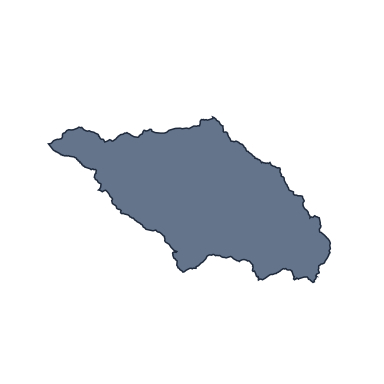 the district of Gura Teghii, Buzau, Romania, rotated 294°
{"feature_id": "2599482B83028603029386", "entity_name": "Gura Teghii", "entity_type": "district", "adm_level": 2, "iso_a3": "ROU", "parent_name": "Romania", "parent_adm1": "Buzau", "projection": "albers", "projection_center": [26.43, 45.616], "detail": "fine", "context": "isolated", "style": "filled", "palette": "slate", "viewbox_px": 384, "rotation_deg": 294, "n_neighbors": 0, "source": "geoboundaries", "source_scale": "gbopen_adm2", "svg_char_len": 6078}
<svg xmlns="http://www.w3.org/2000/svg" viewBox="0 0 384 384"><g transform="rotate(294 192 192)"><path d="M193.2,342.0L193.8,341.4L194.3,341.1L196.4,341.5L199.3,339.5L201.5,339.2L203.3,337.4L204.7,335.0L205.1,333.4L205.6,332.8L205.7,332.1L206.3,331.0L207.6,326.3L207.3,325.1L207.5,324.8L209.9,323.4L211.9,323.9L213.5,323.6L214.7,322.0L215.8,321.9L220.2,318.7L220.0,317.6L220.2,316.5L219.9,315.1L220.2,314.4L220.2,313.7L218.0,312.8L217.7,311.0L216.4,310.3L217.1,310.1L218.4,309.0L219.0,307.5L220.8,306.4L221.9,304.4L222.6,301.6L224.6,299.0L225.1,299.0L226.2,298.1L227.7,297.8L229.0,298.2L229.7,298.0L231.6,295.5L232.9,294.7L233.0,294.2L232.6,292.6L231.6,290.2L231.7,289.0L230.9,286.8L231.3,285.6L233.4,284.6L233.2,280.5L233.5,279.5L235.1,278.3L236.0,276.8L237.2,275.9L237.5,274.8L240.0,271.7L242.3,270.4L242.9,269.1L242.7,267.3L243.0,266.8L244.2,266.7L245.9,264.4L247.5,263.6L248.3,263.6L249.6,262.5L249.4,261.4L248.8,260.4L248.7,258.2L249.0,257.7L249.0,257.0L248.6,255.6L248.8,254.3L248.6,253.7L250.7,251.2L249.3,250.4L249.2,249.2L248.1,247.5L248.3,247.1L247.8,245.5L247.9,244.2L247.0,243.6L248.3,242.0L248.8,240.6L248.8,239.6L248.5,239.1L248.8,238.6L248.7,237.9L249.0,237.6L248.4,235.8L249.2,235.4L249.5,234.9L249.9,232.5L250.7,231.3L251.3,227.7L251.9,226.9L251.6,225.4L252.2,224.5L253.8,223.1L254.3,221.2L255.0,220.6L256.0,218.6L255.7,217.9L255.9,216.9L255.7,216.5L255.9,215.3L256.3,214.9L256.5,212.1L256.2,211.2L255.5,210.7L254.9,209.6L255.0,209.0L254.3,206.9L256.4,204.8L257.3,203.0L259.4,200.9L260.1,200.7L260.2,200.1L260.6,199.7L260.6,198.5L259.6,196.9L260.2,195.7L261.3,195.5L264.0,193.7L264.9,193.5L264.8,192.2L265.4,190.3L267.4,187.8L267.2,186.8L267.4,186.4L267.4,185.3L268.4,184.1L268.5,183.3L268.9,182.2L268.9,180.4L268.2,181.1L267.6,181.1L263.9,176.9L263.9,175.5L262.7,173.9L263.0,173.2L262.6,172.9L262.0,171.1L260.0,170.7L257.7,171.7L255.5,171.9L254.8,170.3L253.8,169.3L253.4,167.8L252.9,166.7L248.7,163.5L248.1,160.9L245.8,157.3L245.5,155.3L243.3,150.9L239.0,145.9L236.2,144.6L234.5,142.7L232.9,139.1L231.3,134.2L231.2,130.6L232.3,129.9L232.6,129.1L231.9,127.7L230.7,127.3L229.4,125.8L228.9,124.8L229.1,124.0L228.9,123.1L227.3,122.7L226.1,123.0L225.4,122.8L224.6,122.9L223.9,122.0L222.2,121.0L220.7,120.9L220.0,120.4L218.9,116.6L219.1,113.3L219.6,111.4L219.5,109.6L219.8,108.4L218.9,107.8L218.4,106.5L216.7,105.5L215.3,103.3L214.2,102.9L212.9,101.9L212.3,101.9L211.1,101.3L209.7,101.0L206.3,98.9L206.0,98.1L206.4,96.9L206.3,95.5L204.2,94.1L202.2,92.0L204.0,89.7L203.9,88.9L203.3,87.9L203.5,86.6L205.2,84.4L205.1,84.0L206.2,83.2L206.5,82.4L206.4,79.8L206.7,78.2L206.0,74.9L206.2,73.5L205.6,72.4L205.0,71.8L204.8,69.9L204.9,67.9L206.2,65.0L205.5,64.4L205.4,63.0L205.1,62.1L203.8,61.5L200.6,58.3L199.5,56.4L198.8,54.1L197.2,52.6L194.5,51.9L193.4,50.6L192.3,50.2L190.4,50.8L189.7,51.3L187.7,51.1L185.7,48.6L185.4,47.5L183.7,45.7L182.4,44.6L179.6,43.8L178.6,43.0L177.6,41.3L173.9,48.3L173.6,50.5L173.8,50.8L173.4,51.4L173.7,52.0L173.4,53.0L173.6,54.1L173.1,55.4L173.2,56.6L172.7,57.2L173.1,57.9L172.8,58.8L173.2,59.4L173.1,59.9L173.3,61.4L174.0,62.1L174.2,62.6L174.0,63.1L175.0,64.6L174.8,65.5L176.1,70.1L175.8,70.9L176.0,72.0L175.4,73.2L175.0,73.4L174.9,74.7L174.3,75.1L174.1,76.6L174.2,77.2L173.2,77.7L173.2,79.5L172.2,80.2L172.0,81.5L171.5,82.1L171.7,83.3L171.2,83.8L171.8,89.4L171.4,90.8L172.7,91.9L172.7,92.7L172.5,93.2L173.3,94.8L172.7,95.9L170.8,96.2L170.2,96.7L168.8,96.1L165.6,96.8L165.4,97.5L164.2,98.6L164.1,100.7L162.9,102.0L162.4,103.6L162.5,105.1L162.2,105.7L159.1,106.6L157.0,106.4L155.8,105.8L156.1,107.3L155.9,109.4L155.7,109.9L157.6,111.3L158.5,112.4L157.9,114.3L156.5,117.0L154.7,118.9L154.0,121.1L153.3,122.2L152.7,122.4L151.5,122.1L149.2,123.9L148.9,124.9L148.5,127.9L147.9,128.8L146.6,129.7L146.3,130.5L146.3,132.1L146.7,133.1L146.2,134.8L144.5,134.9L143.8,135.7L143.7,136.8L144.5,137.9L144.4,139.0L145.1,142.9L144.8,144.3L144.0,145.4L144.2,146.6L143.8,147.7L144.3,149.2L143.2,151.0L143.0,152.6L142.5,154.0L142.3,157.6L141.8,158.3L141.9,159.4L141.4,160.4L140.2,161.6L140.0,163.6L139.2,165.1L140.7,172.2L142.5,174.4L141.7,176.1L141.6,177.4L142.0,178.3L142.0,179.1L141.3,181.5L140.4,183.6L140.3,184.9L139.4,185.2L138.1,186.4L136.4,186.9L135.5,188.1L134.9,192.5L133.0,195.2L131.3,199.5L131.5,202.4L130.5,202.1L129.7,199.8L128.8,199.1L127.9,199.3L127.4,200.0L126.8,200.0L126.1,200.5L124.2,202.3L124.1,203.9L123.5,204.4L123.0,206.5L118.9,207.9L118.0,209.4L117.1,209.9L116.9,211.6L116.2,212.4L115.7,215.4L115.1,216.3L116.0,217.4L118.2,218.5L121.3,221.0L122.0,222.2L121.9,223.5L122.9,224.1L123.9,226.7L125.5,226.2L127.3,227.9L130.9,229.2L132.3,230.3L136.7,231.8L139.3,231.8L140.5,232.5L141.7,233.6L142.3,235.7L143.5,236.5L143.8,237.6L143.4,239.4L144.2,240.4L144.5,241.7L145.3,243.2L144.8,245.3L144.9,247.0L145.4,247.9L145.7,250.0L148.9,253.6L148.6,255.6L148.1,256.5L147.8,258.0L147.8,259.6L147.5,260.6L148.0,262.7L147.7,263.5L148.9,264.0L150.4,265.3L151.5,267.0L151.9,269.7L151.5,270.7L152.0,271.2L152.2,272.7L150.7,275.6L150.2,277.1L149.2,277.6L148.8,277.6L148.7,278.0L148.1,278.4L144.9,279.1L144.3,280.1L145.2,281.2L143.4,283.3L141.4,285.0L141.2,285.8L141.7,286.4L141.5,287.0L141.2,287.3L140.9,287.0L140.8,287.5L140.2,287.9L139.4,288.0L138.6,288.5L140.1,289.5L140.5,290.8L140.5,292.1L143.1,294.0L148.0,296.8L148.9,297.8L149.4,299.2L151.1,300.8L151.9,302.2L152.8,302.4L154.0,303.7L155.0,304.0L155.4,304.6L156.6,305.0L159.1,306.5L159.3,308.0L160.2,308.8L159.6,310.3L159.8,311.5L160.8,313.3L160.6,314.5L160.1,315.3L160.3,315.5L157.4,318.1L156.3,319.3L156.3,319.8L153.9,320.1L153.5,321.3L154.7,321.9L154.6,322.3L156.0,322.8L155.7,324.7L156.3,324.9L159.9,329.0L161.2,331.8L160.6,333.0L159.7,333.9L159.9,334.1L159.8,335.5L159.3,336.7L158.6,339.3L159.8,340.3L160.4,339.7L161.3,339.6L162.9,340.3L165.0,340.1L165.4,339.6L165.6,340.2L165.8,339.4L167.5,339.2L169.9,341.1L170.5,340.8L171.2,339.8L172.6,338.9L174.0,338.9L174.9,338.2L176.2,337.8L176.9,338.5L178.2,338.9L178.8,339.4L179.2,340.2L180.6,341.5L181.4,341.8L182.9,341.7L186.6,342.4L190.0,342.6L190.6,342.2L191.6,342.7L193.1,342.6L193.2,342.0Z" fill="#64748b" stroke="#1e293b" stroke-width="1.5"/></g></svg>